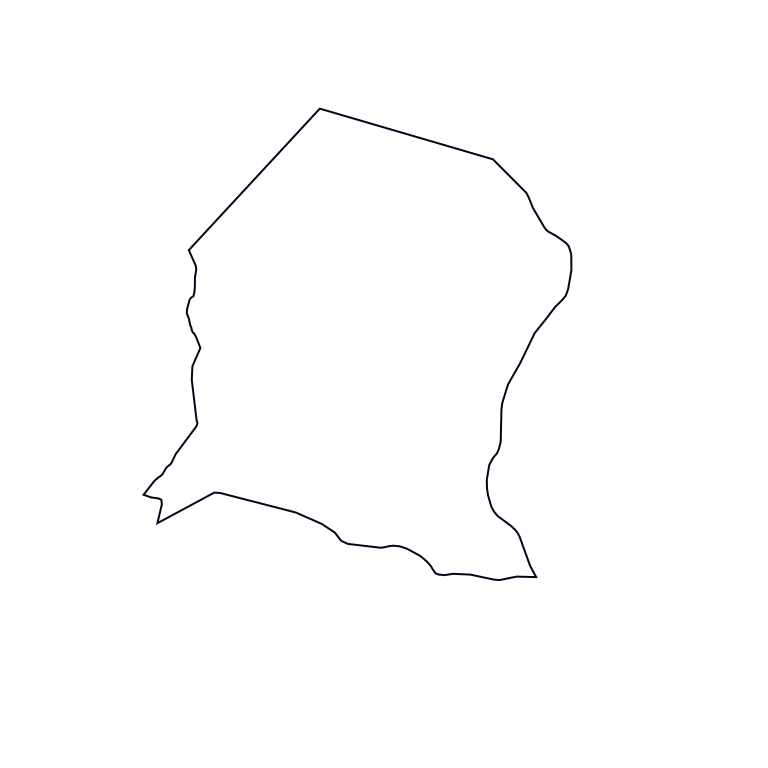 the Department of Chontales, rotated 126°
{"feature_id": "NIC-669", "entity_name": "Chontales", "entity_type": "Department", "adm_level": 1, "iso_a3": "NIC", "parent_name": "Nicaragua", "parent_adm1": "", "projection": "mercator", "projection_center": [-85.042, 12.14], "detail": "fine", "context": "isolated", "style": "outline", "palette": "ink", "viewbox_px": 768, "rotation_deg": 126, "n_neighbors": 0, "source": "natural_earth", "source_scale": "10m", "svg_char_len": 1618}
<svg xmlns="http://www.w3.org/2000/svg" viewBox="0 0 768 768"><g transform="rotate(126 384 384)"><path d="M378.5,252.3L381.2,252.2L387.8,251.2L401.1,244.5L407.8,239.4L412.8,234.5L420.3,224.9L422.7,219.6L424.0,214.4L424.2,197.3L424.9,192.1L426.0,188.3L427.8,184.6L445.1,159.1L450.8,147.4L461.8,163.4L474.9,175.5L477.6,180.0L487.5,202.2L497.0,216.6L503.0,222.6L505.9,227.5L506.8,230.6L506.2,233.3L503.6,239.6L502.4,245.3L501.8,253.3L503.7,268.3L506.1,275.9L509.4,281.5L512.5,284.9L515.8,287.6L518.5,290.6L534.6,319.2L536.0,326.3L533.1,336.7L533.8,352.1L539.8,379.8L568.6,452.8L571.7,457.5L629.8,485.5L612.1,492.9L608.5,496.1L608.9,498.1L609.3,499.5L612.6,505.6L614.9,513.4L597.5,512.8L592.4,511.7L590.2,510.8L588.5,510.4L587.0,510.2L580.1,510.9L578.3,510.7L574.4,509.6L572.5,509.6L563.2,511.3L529.7,510.9L527.3,511.2L525.2,511.9L523.7,514.1L493.7,541.9L482.3,549.4L462.8,553.7L456.1,564.2L454.8,567.2L454.8,567.7L454.4,569.6L453.5,571.0L451.6,573.1L450.9,574.2L450.4,575.2L449.8,576.0L446.6,579.4L444.5,582.2L443.0,584.8L441.5,585.9L438.8,587.5L430.3,590.7L428.1,590.9L427.0,590.6L424.9,589.8L422.0,591.0L417.8,593.3L408.7,599.7L401.7,603.2L399.8,605.0L398.7,606.3L390.4,620.6L199.0,597.8L138.2,427.9L145.7,381.2L147.9,376.8L152.2,369.9L152.8,369.0L153.3,368.1L153.9,367.3L163.0,346.4L164.0,343.1L164.1,340.0L163.0,331.6L162.9,320.3L163.4,317.3L164.3,315.0L168.0,310.0L170.1,307.9L181.8,299.3L199.0,290.8L205.5,288.9L210.5,289.1L221.7,290.9L234.9,291.1L254.4,292.0L287.0,286.1L311.6,283.4L330.2,277.0L335.6,274.0L362.2,255.6L369.0,252.9L373.9,251.8L378.5,252.3Z" fill="none" stroke="#020617" stroke-width="2"/></g></svg>